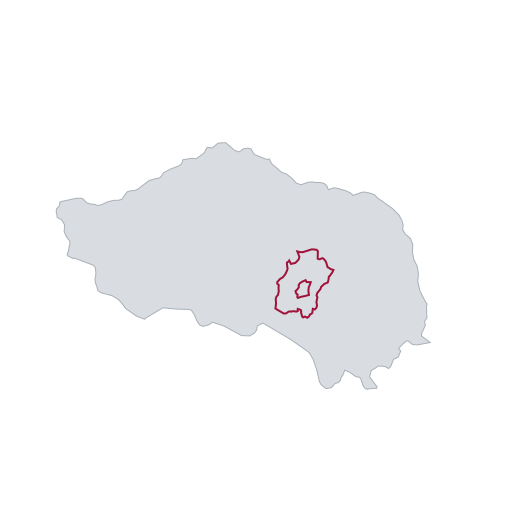 Fejér highlighted on a map of Hungary, rotated 214°
{"feature_id": "HUN-3162", "entity_name": "Fejér", "entity_type": "County", "adm_level": 1, "iso_a3": "HUN", "parent_name": "Hungary", "parent_adm1": "", "projection": "mercator", "projection_center": [18.516, 47.132], "detail": "fine", "context": "in_parent", "style": "outline", "palette": "rose", "viewbox_px": 512, "rotation_deg": 214, "n_neighbors": 0, "source": "natural_earth", "source_scale": "10m", "svg_char_len": 4089}
<svg xmlns="http://www.w3.org/2000/svg" viewBox="0 0 512 512"><g transform="rotate(214 256 256)"><path d="M406.4,151.6L411.9,150.9L412.1,151.1L413.4,151.5L414.3,155.4L414.4,155.7L415.7,158.3L416.9,161.8L418.9,164.4L423.0,165.5L428.5,168.7L432.1,174.8L437.4,177.3L437.8,177.4L438.8,177.1L442.7,176.9L443.4,178.1L446.5,181.1L447.7,183.7L447.1,186.4L447.6,189.6L448.8,190.7L447.4,192.8L437.4,203.2L433.5,206.0L430.9,206.6L426.9,205.5L422.7,206.3L418.9,208.5L415.5,209.3L412.9,211.9L409.5,217.6L405.3,222.4L401.1,225.4L398.9,228.0L398.7,237.2L396.4,239.9L393.2,242.5L391.5,244.9L386.8,258.8L383.1,263.3L379.7,266.7L379.1,269.8L379.2,273.4L375.3,280.5L370.2,287.8L369.2,290.8L370.4,294.9L365.5,299.6L362.7,301.8L360.3,302.9L358.9,305.8L356.5,312.9L357.1,316.1L357.1,319.0L353.0,320.8L351.8,324.0L350.8,327.9L349.0,329.7L344.4,333.0L332.9,331.6L328.5,332.7L327.2,335.1L326.9,337.0L325.5,338.7L322.8,341.0L320.2,342.0L314.2,339.2L301.2,342.0L299.0,344.0L297.2,342.6L294.5,341.3L281.5,339.7L276.4,341.0L269.6,340.5L263.3,339.0L258.6,340.2L254.4,345.8L252.4,347.6L250.8,348.8L247.2,350.6L244.2,352.7L240.3,354.2L236.8,354.0L233.4,351.6L232.2,352.1L231.2,354.3L229.3,356.2L224.3,358.5L223.1,358.5L222.8,358.5L219.0,360.2L212.6,361.1L209.5,360.5L203.7,368.2L201.9,369.6L196.5,371.9L192.0,373.1L188.1,372.1L186.6,372.1L169.6,371.7L160.6,370.0L154.9,367.0L151.1,363.7L149.3,360.0L144.8,357.7L137.9,356.9L132.4,353.2L128.5,346.6L123.3,341.4L116.6,337.6L111.4,332.1L107.5,325.1L100.5,318.7L90.3,313.0L87.3,311.8L86.7,310.0L81.7,302.9L79.6,300.3L79.8,296.9L78.8,294.9L77.0,293.5L76.0,288.4L75.5,284.6L74.1,282.2L63.2,281.7L72.3,272.7L76.8,270.1L82.0,270.6L83.7,269.8L84.1,268.5L85.0,265.5L85.5,262.7L85.9,260.1L85.4,258.6L82.9,258.2L81.6,251.7L82.9,249.2L84.2,247.5L82.6,239.6L83.1,236.9L87.2,236.5L90.6,234.8L93.3,232.9L94.1,230.4L96.4,225.4L94.3,219.3L82.5,215.3L81.9,213.8L84.6,212.0L87.6,209.5L89.3,207.6L91.5,207.3L94.7,208.3L100.4,212.8L102.6,213.4L104.7,212.1L107.0,211.8L113.3,212.0L118.6,211.0L117.4,206.2L117.4,202.8L116.5,200.0L117.0,197.0L119.2,194.6L119.8,189.3L123.1,185.7L124.7,185.2L130.5,185.8L131.9,186.8L132.8,187.0L142.1,195.7L150.9,202.3L158.1,205.7L168.6,206.0L179.9,206.2L198.7,205.1L212.8,204.2L213.7,202.6L215.8,198.7L214.1,195.3L214.2,191.3L216.6,186.2L223.6,181.9L243.5,180.0L255.0,176.8L256.7,172.4L260.5,168.1L264.0,167.2L268.7,169.2L274.5,173.0L279.5,175.0L282.5,173.7L292.6,167.3L304.2,161.0L312.3,143.9L313.1,141.2L321.8,139.3L334.5,139.6L341.0,141.8L345.9,143.0L353.3,142.6L363.8,138.9L367.8,139.0L370.8,141.6L374.1,143.9L376.4,146.6L378.1,150.5L379.0,152.0L380.5,153.9L383.1,156.7L385.7,157.4L405.3,152.7L406.4,151.6Z" fill="#d9dde1" stroke="#a8b0b8" stroke-width="1"/><path d="M181.7,274.2L183.8,270.9L184.7,266.8L184.1,264.7L184.5,259.2L183.7,257.1L182.1,256.2L180.1,251.5L177.7,249.1L177.0,246.8L177.3,244.6L179.4,244.0L177.5,240.3L177.8,238.9L178.5,238.0L178.3,235.5L178.9,233.5L180.2,233.4L181.6,233.1L182.5,231.5L183.7,231.5L187.1,234.4L187.8,235.7L188.8,236.3L191.8,235.5L191.3,234.5L190.6,233.7L191.4,232.5L194.3,231.1L195.9,229.4L197.0,229.0L197.9,228.0L199.0,225.2L200.9,223.8L210.5,223.3L212.8,227.8L215.7,231.5L216.3,233.6L216.0,236.0L217.5,239.7L218.2,240.5L219.8,242.5L220.3,243.8L221.0,244.7L222.9,244.9L223.8,246.3L223.2,250.5L222.0,253.0L221.7,254.5L221.6,256.2L221.6,257.9L222.1,261.1L222.6,262.8L222.9,263.5L223.8,264.2L226.6,267.6L226.6,268.4L226.3,268.9L226.0,269.4L225.8,269.9L225.9,270.8L222.6,269.0L219.5,272.3L218.7,276.9L219.6,279.6L224.3,282.9L221.7,283.8L219.2,285.5L213.6,292.6L211.2,294.1L210.2,294.5L209.1,295.1L207.4,294.6L203.4,288.3L202.3,288.4L201.1,289.2L200.4,290.5L199.7,291.4L199.0,291.5L196.6,291.1L194.3,290.0L190.3,286.7L189.8,286.9L186.9,286.9L184.0,287.7L183.6,285.4L183.7,280.7L183.9,280.2L184.1,279.6L182.9,277.5L181.7,274.2ZM199.9,247.3L198.8,245.0L197.7,244.7L196.2,247.0L193.1,250.1L190.3,253.3L193.0,256.3L194.7,259.3L195.3,262.4L196.0,264.9L199.5,262.7L201.4,263.7L203.4,260.4L204.4,258.1L204.4,255.8L203.0,254.0L203.0,251.9L203.6,248.9L201.5,247.3L199.9,247.3Z" fill="none" stroke="#9f1239" stroke-width="2"/></g></svg>